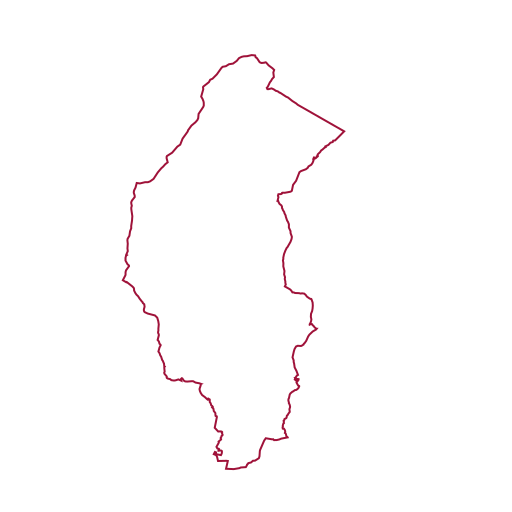 outline of Bradut, Covasna, Romania, rotated 334°
{"feature_id": "2599482B74581645099362", "entity_name": "Bradut", "entity_type": "district", "adm_level": 2, "iso_a3": "ROU", "parent_name": "Romania", "parent_adm1": "Covasna", "projection": "orthographic", "projection_center": [25.635, 46.18], "detail": "fine", "context": "isolated", "style": "outline", "palette": "rose", "viewbox_px": 512, "rotation_deg": 334, "n_neighbors": 0, "source": "geoboundaries", "source_scale": "gbopen_adm2", "svg_char_len": 6128}
<svg xmlns="http://www.w3.org/2000/svg" viewBox="0 0 512 512"><g transform="rotate(334 256 256)"><path d="M131.2,415.6L133.0,417.7L132.9,419.7L132.0,423.6L139.6,427.1L140.8,427.9L135.8,434.1L142.6,437.8L148.1,439.4L149.6,439.4L154.3,441.3L156.1,440.1L156.6,439.5L157.4,439.4L158.3,438.8L161.0,439.4L163.5,438.7L165.4,439.5L169.9,439.0L171.3,437.6L174.0,432.9L174.7,432.1L182.4,425.5L184.9,424.1L190.2,427.9L191.1,428.2L191.5,429.4L192.4,429.8L193.9,430.5L196.5,431.1L198.6,431.2L204.9,432.9L204.9,432.5L204.3,431.4L204.8,429.2L204.8,428.2L204.4,427.7L205.4,426.4L205.6,425.0L205.4,423.4L204.4,422.9L204.7,421.8L205.4,421.1L205.5,420.5L206.9,418.8L207.9,418.4L207.9,417.9L208.5,417.0L208.5,416.3L209.5,415.8L210.2,415.0L212.1,415.0L212.8,414.4L213.8,413.0L215.0,412.7L215.8,412.0L218.0,410.9L218.9,408.3L220.2,407.0L220.7,406.1L221.1,404.2L221.0,402.7L221.3,402.3L221.7,400.2L222.4,398.9L223.4,398.1L225.6,395.3L226.7,394.6L229.3,393.9L230.0,394.0L232.1,393.6L233.3,394.0L234.8,393.8L236.2,393.3L237.7,392.1L237.8,391.8L237.1,390.9L236.9,387.5L237.3,387.1L238.5,386.8L238.6,386.6L237.7,386.2L237.4,385.5L239.8,386.0L240.3,385.4L239.8,384.9L239.0,384.6L238.6,384.0L237.3,384.0L237.0,383.8L237.7,383.2L237.6,382.6L238.2,382.6L240.3,381.4L241.6,381.3L242.0,376.9L241.9,373.1L243.1,369.4L243.4,367.8L244.1,366.3L244.4,363.1L248.3,358.2L249.9,356.5L252.3,354.9L254.2,355.0L256.6,356.4L257.5,356.7L260.0,356.4L260.5,355.8L261.5,355.6L263.9,354.3L267.6,351.2L269.5,350.1L273.9,348.7L277.8,348.4L278.6,348.0L278.2,347.8L278.0,346.9L277.4,345.9L277.2,344.5L276.5,342.8L276.6,342.3L276.4,341.7L275.3,341.2L274.2,341.2L274.3,340.9L276.0,339.7L277.1,338.5L278.0,337.2L278.6,334.8L280.1,332.1L282.4,330.0L283.9,327.9L285.3,325.5L286.5,322.6L286.9,319.2L286.8,318.8L286.1,318.4L285.3,317.3L283.9,314.7L283.7,313.1L282.9,311.0L281.0,309.7L279.8,309.4L278.3,308.2L274.9,306.4L273.9,305.2L272.8,304.7L272.5,302.4L271.9,300.8L268.6,296.0L270.3,294.6L270.6,293.0L271.2,291.8L271.8,289.2L272.8,287.8L273.2,284.9L275.0,282.0L276.0,277.3L277.5,274.4L278.3,271.7L279.3,270.6L279.7,269.6L282.0,266.6L284.8,264.0L287.1,262.2L288.2,261.8L293.2,258.4L295.4,256.3L296.4,254.9L296.7,254.3L297.1,250.6L297.9,248.8L298.0,244.9L299.5,241.9L299.7,239.1L299.5,237.9L300.0,233.8L300.4,232.5L300.3,230.2L300.6,228.9L300.3,226.1L300.5,225.4L300.4,224.2L301.0,223.0L301.0,221.7L300.0,219.5L299.9,217.5L300.1,216.2L299.5,215.9L302.0,212.9L302.1,211.5L303.2,210.3L305.6,211.3L306.8,211.2L307.1,210.7L307.5,210.7L309.6,211.8L315.0,213.3L316.3,213.3L316.9,213.0L320.5,208.3L325.0,206.0L331.8,199.7L333.7,199.4L338.9,199.9L341.2,199.4L342.4,198.5L345.7,198.2L347.5,197.2L348.9,196.0L350.2,194.6L349.8,194.3L349.9,194.0L351.3,192.8L351.6,193.0L351.7,193.4L351.4,193.7L351.6,194.2L352.0,194.3L353.2,194.1L354.0,193.3L354.6,193.7L355.4,193.4L355.5,193.2L355.3,192.5L356.1,191.7L359.2,190.7L360.8,189.7L362.3,189.5L365.4,188.6L366.3,188.7L366.4,187.9L369.8,187.9L372.6,186.8L374.9,187.2L375.9,186.2L377.8,186.8L389.9,182.6L359.8,138.4L359.0,136.5L356.6,132.6L354.2,127.5L352.9,126.0L349.3,119.9L348.7,119.5L348.1,118.1L346.9,116.7L346.3,116.3L345.0,114.0L343.5,112.2L340.3,111.5L339.4,111.0L339.4,109.6L340.7,109.1L344.6,106.0L346.3,105.2L348.0,104.0L350.5,103.0L352.0,98.7L353.9,96.7L353.1,94.5L350.9,90.2L349.9,86.5L349.3,86.0L348.2,85.9L345.7,85.0L344.7,84.1L344.2,83.2L343.6,78.6L342.8,77.2L343.1,75.8L343.1,75.3L340.1,73.5L335.6,72.5L332.6,71.2L330.4,70.7L327.5,70.7L324.2,72.2L319.7,73.0L315.8,71.8L312.1,72.2L308.9,71.3L307.2,71.9L300.4,75.6L294.6,77.6L292.1,77.5L289.9,79.1L283.0,80.6L282.4,81.0L281.7,83.0L276.6,88.7L276.8,91.4L276.6,93.9L276.2,95.4L275.0,97.9L273.9,98.9L266.7,103.1L264.4,106.9L262.9,108.1L260.3,109.2L255.1,110.5L249.9,113.3L249.4,114.0L248.4,114.6L241.5,118.3L236.7,122.7L233.3,123.2L225.9,126.4L219.8,127.1L219.1,127.7L218.5,129.0L217.7,133.1L214.8,133.7L211.6,135.0L209.4,135.6L204.4,137.8L197.7,141.8L193.5,142.5L191.3,142.3L188.5,141.0L183.5,139.9L180.8,138.1L177.7,141.7L175.2,143.6L174.2,144.9L173.8,145.8L173.5,148.3L172.9,149.8L168.8,151.8L167.4,153.0L166.9,154.2L166.4,156.4L165.0,158.0L164.4,159.4L162.3,166.0L160.1,169.8L157.0,174.3L156.0,176.4L153.6,178.6L151.1,182.3L148.1,184.3L147.3,185.5L146.1,188.8L143.8,192.8L142.9,195.4L139.9,198.0L140.3,198.6L139.3,198.8L137.7,200.7L137.5,201.6L136.9,202.3L136.7,203.1L136.9,207.1L137.5,208.4L137.6,209.0L137.4,209.5L132.9,211.9L131.7,213.3L130.5,215.7L130.0,216.2L125.7,219.4L127.9,222.8L128.4,222.7L131.4,228.9L132.1,230.9L132.0,232.0L131.3,233.6L131.3,236.2L131.6,238.3L132.4,240.5L132.7,243.3L133.5,247.0L133.8,247.7L133.7,248.7L134.4,250.4L133.6,252.8L131.9,254.7L131.4,255.7L131.2,256.4L131.3,257.6L133.5,260.3L139.1,265.1L140.2,268.1L139.6,271.7L138.6,274.9L136.4,278.5L135.6,280.2L134.6,281.5L134.3,282.3L134.3,283.7L133.9,284.7L130.8,288.3L131.0,288.8L131.2,290.6L130.8,292.5L131.3,293.9L131.2,294.4L129.1,296.0L126.4,299.1L126.7,301.2L126.4,303.3L126.6,304.9L126.1,308.2L126.3,309.7L126.1,311.5L126.2,312.2L125.2,314.9L125.5,315.4L124.9,315.7L124.6,316.1L123.2,319.9L122.3,320.7L122.2,321.2L122.1,321.7L122.9,324.8L122.9,325.4L122.4,326.1L122.4,326.5L122.8,327.3L124.9,329.1L125.5,330.5L127.7,332.0L129.2,332.5L132.1,332.9L134.1,335.2L134.2,334.2L134.5,333.7L135.7,333.3L136.1,333.7L136.5,336.4L137.4,337.7L139.1,338.7L143.7,340.5L144.7,341.1L146.1,343.2L149.2,345.5L150.6,346.9L150.1,346.9L149.6,348.0L146.9,350.8L146.4,352.7L146.3,354.8L146.6,357.3L148.3,360.6L149.2,363.1L149.7,364.0L150.6,363.3L151.5,364.7L150.4,367.1L150.7,368.5L150.3,370.6L150.9,371.7L151.0,372.6L150.2,372.9L150.8,374.4L150.1,376.9L150.6,379.0L150.5,379.7L149.8,381.2L149.6,382.1L150.4,382.8L150.3,383.5L143.6,392.3L145.1,397.2L146.9,397.9L148.1,398.7L148.4,399.3L148.4,399.5L147.8,399.9L147.6,402.1L147.3,402.4L146.3,402.5L145.8,403.2L144.6,403.9L144.3,404.4L144.4,405.3L144.2,405.6L141.0,406.4L140.9,407.2L140.4,407.7L136.8,410.2L136.9,412.0L138.0,412.9L138.2,413.4L138.0,413.8L137.5,413.7L137.1,414.1L136.9,414.6L138.7,415.2L139.4,415.6L139.8,416.3L139.5,417.2L138.5,418.6L137.2,419.6L134.3,417.4L133.2,416.4L134.0,415.0L133.2,414.1L131.2,415.6Z" fill="none" stroke="#9f1239" stroke-width="2"/></g></svg>